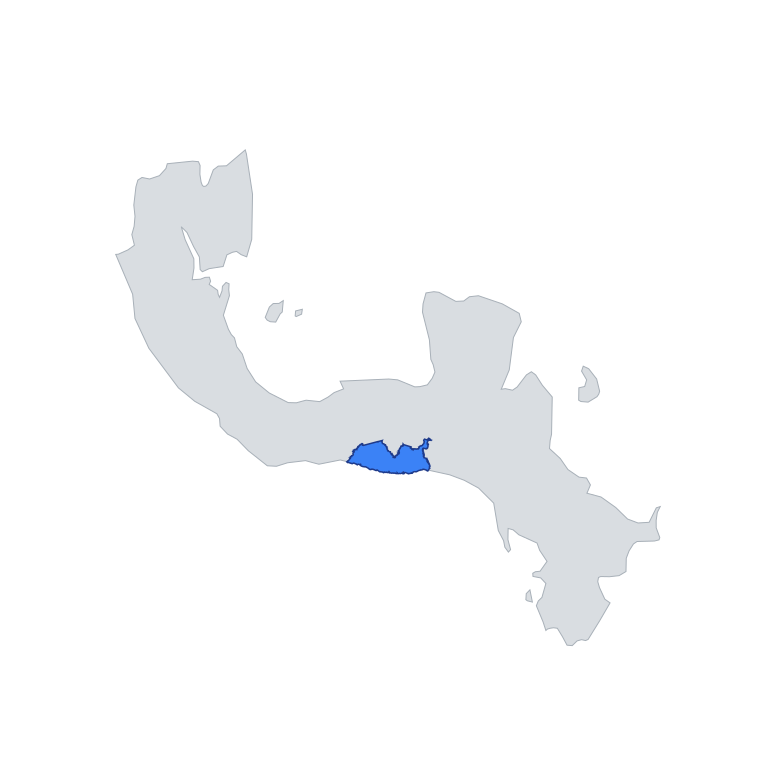 Donoso, Colón, Panama (highlighted), rotated 211°
{"feature_id": "35544464B61389009226289", "entity_name": "Donoso", "entity_type": "district", "adm_level": 2, "iso_a3": "PAN", "parent_name": "Panama", "parent_adm1": "Colón", "projection": "mercator", "projection_center": [-80.539, 8.91], "detail": "fine", "context": "in_parent", "style": "filled", "palette": "blue", "viewbox_px": 768, "rotation_deg": 211, "n_neighbors": 0, "source": "geoboundaries", "source_scale": "gbopen_adm2", "svg_char_len": 9004}
<svg xmlns="http://www.w3.org/2000/svg" viewBox="0 0 768 768"><g transform="rotate(211 384 384)"><path d="M680.7,356.9L678.6,358.4L672.6,367.0L669.4,374.4L677.1,382.2L679.4,390.5L683.8,399.5L690.6,408.5L698.2,425.3L700.0,432.0L697.8,436.4L690.5,439.0L683.8,446.9L681.9,456.4L683.2,461.2L662.9,476.4L657.6,479.0L654.2,476.6L649.8,468.9L644.7,462.8L641.9,460.6L640.3,460.5L638.6,461.9L637.9,465.3L640.6,479.6L638.3,485.4L631.4,489.9L623.5,513.2L620.4,510.3L594.4,478.9L571.9,439.9L567.2,422.3L573.0,421.3L578.7,421.7L581.7,418.9L585.2,413.8L582.4,401.9L593.3,392.8L597.5,386.7L600.5,387.4L607.7,397.8L618.1,403.8L630.9,412.4L638.8,414.4L628.8,405.3L611.5,393.4L606.6,385.5L602.1,374.6L595.3,379.3L592.2,383.3L588.7,385.6L585.6,382.8L585.1,379.3L574.9,378.6L572.3,375.4L569.6,373.6L570.8,380.4L572.8,384.6L571.7,389.7L568.4,390.1L565.6,384.8L562.0,380.1L557.1,360.2L545.6,350.8L540.3,347.7L535.9,346.5L529.4,340.1L520.9,336.7L509.3,326.8L495.1,319.7L477.7,317.2L456.6,318.7L449.5,322.7L444.7,327.7L442.4,330.0L430.0,335.8L425.2,344.0L422.3,351.0L416.1,359.0L423.1,363.8L382.5,390.7L374.4,394.6L356.1,397.4L351.9,400.2L346.4,405.6L345.6,413.7L346.5,420.5L351.8,425.9L356.5,429.2L367.8,445.2L388.0,465.4L391.8,472.8L394.9,483.7L388.8,488.8L384.1,490.9L365.0,491.8L358.4,496.2L355.7,502.8L348.5,508.3L323.9,513.6L304.5,514.2L298.4,508.0L297.0,490.5L283.9,460.6L280.8,439.9L277.6,442.5L270.6,444.9L268.3,450.0L266.6,465.2L264.0,470.4L258.6,469.9L247.7,464.5L233.1,459.5L214.5,427.2L212.5,421.2L208.9,413.9L194.5,410.9L182.3,405.4L168.9,404.6L162.0,407.7L155.1,403.8L153.8,394.9L139.8,398.9L121.8,397.5L105.7,393.7L94.7,395.7L85.5,402.0L86.8,418.1L84.1,421.2L83.6,414.7L80.4,407.1L76.6,400.9L68.5,394.4L68.0,392.0L71.3,388.7L86.0,379.3L87.8,375.4L88.0,367.2L86.6,359.4L80.0,347.9L83.8,340.8L91.4,335.0L99.2,330.5L100.5,328.6L99.0,324.7L94.5,320.5L83.9,313.3L77.5,312.8L77.2,292.1L77.5,270.1L79.1,267.9L83.0,266.6L86.2,263.2L87.9,256.7L92.6,254.4L101.0,259.4L109.6,263.9L113.1,262.4L115.8,260.2L117.7,258.1L118.3,256.1L125.1,262.0L139.2,272.4L140.0,277.5L138.7,282.4L142.5,296.4L149.8,298.5L157.2,295.8L159.0,298.4L157.6,301.0L153.8,303.9L152.9,315.9L164.9,321.6L170.9,326.5L190.8,324.2L198.2,325.5L203.2,324.1L197.6,314.4L190.2,307.2L190.8,304.0L196.4,306.4L200.8,311.3L210.6,317.3L228.6,338.4L249.3,343.5L265.7,342.8L280.9,340.0L305.2,331.8L322.8,317.0L336.8,310.4L382.3,296.4L398.5,281.7L405.3,279.7L411.8,277.9L426.1,266.8L433.8,258.1L441.9,253.8L465.9,256.9L481.5,261.0L492.3,260.5L502.7,263.4L507.2,269.7L511.9,272.4L537.3,271.7L558.2,274.8L603.9,293.5L631.2,311.9L645.7,331.5L680.7,356.9ZM222.4,501.9L216.4,502.5L204.3,497.8L195.4,488.8L194.7,485.8L194.9,482.8L199.7,473.6L206.2,470.4L208.8,470.4L215.0,481.1L210.7,485.2L212.4,491.9L221.3,496.8L222.4,501.9ZM515.5,399.0L513.3,403.6L508.3,393.3L509.1,390.6L508.7,381.3L513.6,378.8L517.1,378.6L520.1,379.9L521.9,390.9L520.4,395.9L515.5,399.0ZM154.1,277.6L152.9,282.7L144.5,273.5L149.5,272.0L151.3,272.2L154.1,277.6ZM497.4,401.1L492.5,406.0L490.6,401.4L494.0,396.6L495.2,396.6L497.4,401.1Z" fill="#d9dde1" stroke="#a8b0b8" stroke-width="1"/><path d="M350.5,331.7L350.9,332.2L351.4,332.0L351.6,332.6L352.3,332.4L352.9,332.6L353.2,332.4L353.7,332.5L354.0,332.3L354.8,332.4L355.3,332.6L355.7,333.4L356.3,333.5L356.4,334.7L359.4,331.6L359.4,331.4L359.6,331.5L370.1,320.7L370.8,320.5L371.0,321.2L371.3,321.2L371.4,321.6L371.7,321.6L371.8,321.7L372.2,321.6L372.5,320.9L372.5,320.3L372.6,320.2L372.9,320.2L373.1,320.0L373.1,319.4L373.3,319.3L373.2,318.9L373.4,318.7L373.4,318.0L373.7,317.8L373.6,317.5L373.9,317.2L373.7,317.1L373.6,316.7L374.0,316.5L373.9,316.3L373.7,316.3L373.8,316.1L373.7,316.0L374.0,315.7L374.0,315.1L373.7,314.8L374.0,314.6L373.8,314.3L374.1,313.9L373.9,313.7L374.4,313.6L374.5,313.1L374.8,313.2L375.2,312.9L375.2,312.7L375.4,312.5L375.4,312.4L375.6,312.4L375.8,312.0L375.6,311.8L375.8,311.5L375.6,311.2L375.9,311.1L375.7,310.9L375.3,311.0L375.0,310.8L375.8,310.1L375.2,309.9L375.1,309.7L374.8,309.8L375.0,309.2L374.7,308.5L374.7,308.2L374.0,307.7L374.0,307.0L374.0,306.7L374.8,305.9L374.4,305.2L375.4,304.5L374.7,303.5L375.4,302.9L374.6,302.5L374.9,301.7L374.8,301.0L375.0,300.5L375.0,300.1L375.5,299.4L375.8,298.1L374.7,297.9L374.3,298.2L374.3,298.4L373.7,298.6L372.9,298.6L372.3,298.9L371.6,298.9L371.1,299.2L370.3,299.2L369.4,300.5L368.6,300.8L367.3,300.9L366.9,301.1L365.4,300.9L365.2,301.0L365.2,301.3L365.1,301.6L364.2,302.3L362.9,302.3L362.5,303.9L362.8,302.4L363.1,302.3L362.3,302.1L361.3,302.0L359.2,302.4L358.6,302.9L357.6,303.1L357.2,303.6L354.4,303.7L352.5,303.5L352.5,303.8L352.5,303.5L351.6,303.6L351.2,303.9L351.0,304.1L351.0,304.4L350.5,304.7L350.2,305.0L348.6,305.3L348.9,305.3L349.4,305.3L349.7,305.5L349.4,305.4L348.9,305.3L348.1,305.6L347.1,305.5L346.1,305.8L346.0,306.4L344.9,306.7L345.0,307.0L344.8,307.1L345.0,307.0L344.9,306.8L342.5,306.5L342.0,306.8L341.9,307.0L341.2,307.1L340.9,307.4L339.8,307.8L339.2,307.7L338.8,308.0L338.5,307.9L338.4,308.1L338.5,308.1L338.5,308.5L338.4,308.7L336.7,309.2L336.5,309.7L335.1,310.0L335.0,310.5L334.1,310.9L334.2,311.2L334.6,311.4L334.6,311.5L334.1,311.3L333.9,310.6L333.2,310.7L332.8,311.1L331.5,311.5L330.9,312.1L330.1,312.3L329.7,312.8L328.1,313.3L328.2,313.7L328.6,313.8L328.2,313.7L327.0,313.7L326.1,314.3L326.3,314.5L325.9,314.4L325.1,314.8L324.6,315.4L323.6,315.8L323.4,316.2L323.5,316.4L323.4,316.3L323.0,316.6L322.2,316.7L322.3,317.2L322.1,318.7L322.2,319.2L322.0,318.7L322.1,317.1L322.2,316.9L320.8,317.2L320.6,317.8L320.6,318.6L320.0,319.1L319.5,319.3L319.5,319.5L319.4,319.3L317.6,319.5L317.6,319.9L317.6,319.6L316.9,319.6L316.8,319.9L316.4,320.0L316.1,320.4L315.7,320.6L315.4,321.0L314.2,321.8L314.4,322.0L313.9,322.1L313.6,323.0L313.7,323.4L313.1,324.3L312.7,324.6L312.8,324.9L312.7,324.6L311.8,325.0L311.0,325.5L309.4,328.1L308.7,328.5L308.4,329.2L307.2,329.9L306.8,330.9L306.2,331.3L305.6,331.3L305.2,331.7L304.1,331.8L304.0,332.2L304.1,331.9L303.5,332.0L302.2,331.8L301.7,332.0L301.9,332.6L301.6,333.0L301.6,334.5L301.3,335.2L302.4,336.2L302.1,336.9L302.5,337.3L302.8,337.9L303.8,338.1L303.8,338.6L304.6,338.8L304.5,339.2L304.8,339.4L305.1,339.3L305.5,339.5L305.8,339.2L306.1,339.2L306.2,339.3L306.7,339.6L306.1,339.7L306.0,339.8L306.2,340.0L306.2,340.5L306.6,340.7L306.9,340.7L307.1,340.9L307.5,340.8L307.5,341.1L308.0,341.6L308.7,341.3L308.7,341.6L309.1,341.8L309.1,342.2L309.9,341.9L311.0,341.6L311.6,341.9L311.9,341.6L312.2,342.2L312.6,342.2L312.6,342.4L313.1,342.6L313.1,343.0L312.8,343.4L313.1,343.9L313.3,343.6L313.6,343.6L313.8,344.2L314.2,344.2L314.2,345.0L314.6,344.9L314.5,345.2L314.9,345.4L315.0,345.8L315.5,345.7L315.7,345.9L315.6,346.2L316.0,346.3L316.1,346.9L316.3,347.1L316.6,347.0L316.7,347.4L316.5,347.7L316.6,347.8L316.9,347.9L317.1,347.8L317.1,348.3L317.3,348.6L317.1,348.8L317.5,348.8L317.5,349.0L317.0,349.4L316.3,349.5L315.7,349.8L314.9,349.9L314.7,350.4L314.3,350.2L314.0,350.5L314.1,350.9L313.7,351.4L314.1,353.0L314.5,353.8L314.9,354.1L314.8,354.3L314.8,355.0L315.0,355.2L315.7,354.9L315.8,355.2L316.2,355.1L316.3,355.7L316.7,355.8L316.9,356.7L316.9,356.9L317.1,358.3L316.9,358.6L316.6,359.0L315.9,359.3L315.3,359.8L314.6,359.9L314.5,360.2L315.0,360.1L316.1,360.5L317.5,360.6L317.8,360.5L317.7,360.0L318.2,359.1L318.4,358.2L320.9,357.6L321.0,356.4L320.7,356.1L320.7,355.8L319.7,355.3L319.5,354.2L319.3,353.8L319.2,353.3L319.5,352.5L319.5,352.0L319.6,351.8L319.4,351.5L319.5,351.0L319.9,350.5L320.5,350.2L320.4,349.9L320.5,349.8L321.4,348.9L321.3,348.2L321.7,347.8L321.3,347.5L321.0,346.6L321.2,346.2L321.2,345.9L321.5,345.7L321.9,345.7L322.6,344.9L323.2,344.8L323.6,344.6L323.7,344.3L324.1,344.1L324.5,344.1L324.7,343.9L324.8,344.0L325.0,343.9L325.3,343.6L325.1,343.2L325.1,342.7L325.3,342.8L325.3,342.5L325.6,342.5L325.9,343.0L326.2,342.7L326.2,342.9L326.6,343.1L327.4,342.8L327.7,343.2L328.0,343.2L327.8,343.0L328.0,342.8L328.4,342.7L328.7,343.1L328.6,343.3L328.3,343.3L328.5,343.5L328.5,344.0L336.0,342.1L336.7,342.4L336.4,341.7L336.1,341.4L336.3,341.1L335.8,340.8L336.1,340.4L336.2,340.6L336.4,340.4L336.6,340.7L336.7,340.1L337.3,339.7L337.5,339.3L337.2,339.0L337.1,338.3L337.3,337.3L337.0,337.2L336.9,337.0L337.3,336.2L337.0,335.6L337.1,335.2L336.9,334.8L337.3,334.4L337.1,334.3L336.8,334.4L336.5,334.1L336.7,333.2L337.0,332.8L336.5,332.8L336.5,333.1L336.4,333.3L335.8,333.4L335.7,333.3L335.8,332.8L335.4,332.6L335.2,332.0L335.5,331.7L336.2,331.7L336.1,331.4L335.9,331.3L335.8,330.9L336.0,330.8L336.1,331.0L336.4,330.9L336.3,330.4L336.3,329.9L336.1,329.6L336.8,329.3L336.8,328.5L337.2,328.2L336.6,327.6L336.6,327.2L336.5,326.8L336.6,326.6L337.1,327.0L337.4,327.0L337.4,326.9L337.0,326.6L337.0,326.4L338.4,325.8L338.6,326.0L338.3,326.4L338.9,327.2L339.9,327.5L340.3,327.2L340.7,327.6L340.6,328.0L341.0,328.1L341.4,327.7L341.6,328.0L341.6,328.4L342.0,328.2L342.2,327.9L343.6,328.8L343.7,329.1L344.1,328.8L344.8,328.8L345.7,328.8L346.0,329.1L346.5,328.7L346.9,329.2L347.8,329.7L348.2,330.3L348.6,330.5L348.4,330.8L349.1,331.0L349.1,331.5L349.5,331.4L350.1,331.7L350.5,331.7Z" fill="#3b82f6" stroke="#1e3a8a" stroke-width="1.5"/></g></svg>